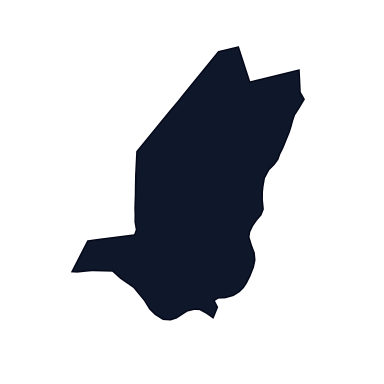 the district of Dois Riachos, Alagoas, Brazil, rotated 163°
{"feature_id": "56859067B36293901492377", "entity_name": "Dois Riachos", "entity_type": "district", "adm_level": 2, "iso_a3": "BRA", "parent_name": "Brazil", "parent_adm1": "Alagoas", "projection": "mercator", "projection_center": [-37.069, -9.384], "detail": "fine", "context": "isolated", "style": "filled", "palette": "ink", "viewbox_px": 384, "rotation_deg": 163, "n_neighbors": 0, "source": "geoboundaries", "source_scale": "gbopen_adm2", "svg_char_len": 1016}
<svg xmlns="http://www.w3.org/2000/svg" viewBox="0 0 384 384"><g transform="rotate(163 192 192)"><path d="M201.4,74.4L202.7,81.8L197.9,83.1L191.2,81.3L182.8,81.1L176.1,82.9L170.8,85.7L166.7,89.1L161.1,95.0L155.3,102.3L151.9,108.5L150.4,115.5L150.9,123.7L150.9,132.3L148.6,137.1L144.0,142.1L138.4,146.5L132.8,150.0L129.0,154.8L127.1,164.3L124.8,171.5L122.6,176.7L118.8,184.2L112.1,190.9L105.5,194.4L100.4,198.2L97.0,202.8L92.5,207.5L81.5,221.0L77.9,226.3L75.3,230.5L71.6,235.7L64.9,241.4L57.7,247.9L59.5,255.8L56.3,268.2L54.0,277.3L104.7,280.2L105.3,317.1L125.6,318.4L172.6,286.9L177.7,283.3L188.9,276.1L232.8,246.8L240.7,224.9L244.2,214.2L247.1,205.1L251.2,193.2L253.0,186.6L255.1,180.0L256.1,172.1L259.4,167.7L295.3,173.9L306.0,175.6L330.0,150.9L325.0,149.1L316.7,147.5L310.6,146.2L291.0,139.7L285.3,130.2L275.5,117.8L269.1,102.3L266.5,92.4L262.9,85.7L256.8,78.7L249.9,76.1L243.7,76.2L231.5,79.7L224.2,79.3L219.0,77.5L213.6,72.0L208.6,65.6L201.4,74.4Z" fill="#0f172a" stroke="#020617" stroke-width="1.5"/></g></svg>